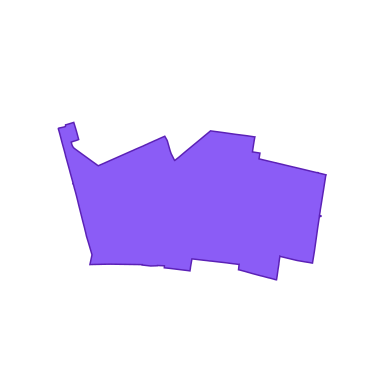 Rosiori, Braila, Romania (Albers equal-area conic projection), rotated 330°
{"feature_id": "2599482B90808426082179", "entity_name": "Rosiori", "entity_type": "district", "adm_level": 2, "iso_a3": "ROU", "parent_name": "Romania", "parent_adm1": "Braila", "projection": "albers", "projection_center": [27.361, 44.829], "detail": "fine", "context": "isolated", "style": "filled", "palette": "violet", "viewbox_px": 384, "rotation_deg": 330, "n_neighbors": 0, "source": "geoboundaries", "source_scale": "gbopen_adm2", "svg_char_len": 3246}
<svg xmlns="http://www.w3.org/2000/svg" viewBox="0 0 384 384"><g transform="rotate(330 192 192)"><path d="M305.5,257.7L306.6,256.4L307.7,255.0L312.3,249.3L312.8,248.7L314.1,247.1L315.4,245.4L315.5,245.3L315.8,245.0L316.3,244.4L316.5,244.4L316.7,244.2L313.3,240.9L311.0,238.8L311.1,238.5L310.9,238.3L310.7,238.1L310.4,237.9L310.1,237.9L305.3,233.4L303.1,231.3L300.9,229.2L293.4,222.1L291.9,220.7L268.6,198.7L266.6,196.8L270.3,192.3L269.0,191.2L265.9,188.7L264.4,187.5L267.8,183.2L269.1,181.6L271.3,178.9L274.0,175.7L273.8,175.6L267.9,170.9L258.4,163.7L251.0,157.9L248.2,155.7L239.6,149.1L238.6,148.3L237.7,148.5L231.1,149.6L223.6,150.9L206.9,153.7L204.1,154.2L198.7,155.2L192.8,156.1L192.7,155.9L193.1,148.4L193.7,145.3L196.1,135.8L196.2,135.4L196.3,134.1L196.3,131.3L196.3,130.1L195.2,130.0L193.7,129.8L189.9,129.4L188.5,129.3L187.5,129.2L187.4,129.2L186.1,129.0L181.0,128.5L179.3,128.3L176.4,128.1L176.2,128.0L175.1,127.9L172.3,127.7L171.7,127.6L167.6,127.1L163.2,126.6L161.7,126.5L160.3,126.3L142.4,124.4L123.9,122.4L123.4,121.3L116.2,105.2L112.3,96.4L112.2,96.1L111.9,95.4L111.6,94.5L111.5,93.6L111.4,92.9L111.5,92.4L111.6,91.2L111.9,90.0L112.1,89.3L112.3,88.4L113.5,88.6L115.1,88.9L116.7,89.3L118.1,89.6L120.1,89.9L121.0,86.5L121.7,83.9L122.4,81.2L123.1,78.3L124.4,72.6L121.3,71.9L117.0,70.9L116.1,70.6L115.3,71.8L115.1,72.0L114.9,72.0L113.0,71.5L108.7,70.1L108.3,70.1L108.1,70.1L107.9,70.3L107.8,70.5L107.2,73.1L106.3,76.5L105.5,79.4L104.2,84.1L103.1,88.3L102.2,91.8L100.9,96.6L100.7,97.1L100.5,97.7L100.5,97.8L99.8,100.6L96.7,112.5L96.3,113.9L95.4,117.3L94.7,120.0L94.4,121.2L93.5,124.6L93.3,124.7L93.0,125.0L92.9,125.4L92.9,125.6L93.0,125.7L93.1,125.8L93.0,126.2L92.9,126.8L92.1,129.6L91.3,132.8L90.8,134.7L90.0,137.6L89.6,139.0L88.6,142.5L87.2,147.2L85.8,152.2L85.7,152.5L82.7,163.0L81.9,165.9L81.0,169.2L80.3,171.5L79.6,174.0L78.5,177.5L77.1,183.6L74.0,196.4L67.3,203.8L71.0,205.8L75.5,208.3L77.2,209.2L85.3,213.7L85.6,213.9L112.6,230.0L112.3,230.3L119.2,235.4L125.0,238.5L125.2,238.3L131.2,242.1L130.1,243.8L134.1,246.7L138.1,249.7L148.6,257.6L150.8,259.3L151.1,258.9L151.6,258.3L152.0,257.8L152.7,257.0L152.9,256.6L158.5,249.9L159.2,250.4L163.5,253.6L166.2,255.6L168.2,257.1L170.8,259.0L171.6,259.6L172.1,260.0L173.0,260.7L174.2,261.5L175.0,262.1L186.6,270.7L188.8,272.4L191.9,274.8L192.9,275.5L194.6,276.8L196.3,278.1L196.6,278.2L193.4,282.6L193.9,283.0L194.9,284.0L196.3,285.4L198.3,287.4L200.4,289.6L201.5,290.7L202.0,291.2L202.5,291.8L203.5,292.8L204.5,293.8L205.6,294.9L206.7,296.0L208.1,297.4L209.5,298.8L210.9,300.1L212.2,301.4L213.4,302.6L214.7,303.9L215.4,304.6L216.1,305.2L216.9,306.0L217.7,306.8L218.3,307.4L219.5,308.6L220.0,309.2L220.6,309.8L221.3,310.3L223.8,307.2L226.3,304.0L228.4,301.3L229.5,300.0L230.1,299.2L230.8,298.4L231.4,297.5L231.7,297.1L232.0,296.7L234.0,294.1L236.1,291.5L236.4,292.1L240.8,296.3L242.6,298.0L248.7,303.8L252.3,306.8L254.7,308.8L258.4,311.8L260.5,313.6L260.8,313.8L268.4,304.5L275.6,295.3L275.7,295.2L283.0,285.8L288.1,279.4L289.7,277.4L290.3,276.7L290.5,276.9L290.7,277.1L291.0,277.4L291.2,277.6L291.5,277.6L291.8,277.2L291.7,276.9L291.3,276.7L290.6,276.3L290.5,276.2L293.1,273.1L294.2,271.6L297.9,267.1L304.7,258.7L305.5,257.7Z" fill="#8b5cf6" stroke="#5b21b6" stroke-width="1.5"/></g></svg>